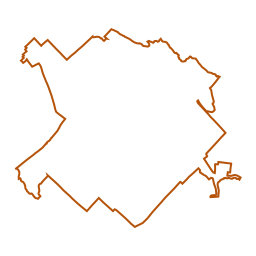 outline of Coarnele Caprei, Iasi, Romania
{"feature_id": "2599482B36833916817547", "entity_name": "Coarnele Caprei", "entity_type": "district", "adm_level": 2, "iso_a3": "ROU", "parent_name": "Romania", "parent_adm1": "Iasi", "projection": "mercator", "projection_center": [27.123, 47.391], "detail": "fine", "context": "isolated", "style": "outline", "palette": "amber", "viewbox_px": 256, "rotation_deg": 0, "n_neighbors": 0, "source": "geoboundaries", "source_scale": "gbopen_adm2", "svg_char_len": 5687}
<svg xmlns="http://www.w3.org/2000/svg" viewBox="0 0 256 256"><path d="M15.4,169.0L16.2,168.8L16.7,168.8L17.2,168.9L17.8,169.3L18.0,169.5L19.1,171.4L19.3,172.3L19.3,174.1L18.8,175.9L18.7,176.5L18.8,178.9L20.1,178.3L20.5,178.6L20.8,179.6L20.9,180.5L21.2,181.0L21.7,181.4L22.4,181.7L22.6,181.7L23.1,182.0L24.2,183.4L24.8,184.8L25.2,186.0L25.2,186.7L25.4,188.0L25.5,188.5L25.8,189.1L26.5,189.6L26.7,190.5L27.2,191.4L27.8,191.7L28.6,192.9L29.6,193.7L30.4,193.6L30.9,193.8L31.5,193.5L31.8,193.6L32.8,194.7L33.7,196.2L34.0,196.4L34.1,196.7L34.4,197.0L34.6,197.0L35.0,197.7L36.0,198.2L36.9,198.3L37.9,198.8L40.4,196.2L40.1,195.7L39.5,195.3L39.1,194.8L38.7,194.3L38.6,193.6L38.6,193.1L38.8,192.3L39.3,191.2L39.3,190.2L38.8,187.5L38.7,186.0L38.8,185.2L39.2,184.7L40.2,183.7L41.0,183.6L41.2,183.4L42.3,181.8L42.9,181.3L43.2,180.8L44.8,179.1L45.8,178.1L47.7,176.1L47.8,175.6L47.7,175.3L57.4,184.1L61.2,187.9L63.1,190.0L67.1,193.6L70.2,196.4L72.2,198.5L77.9,203.7L81.2,206.5L86.9,211.1L92.1,205.2L96.8,200.2L98.8,198.0L103.2,202.3L113.0,211.1L114.7,209.3L115.4,209.6L116.3,210.1L125.3,218.1L128.7,221.4L131.0,223.7L134.8,226.9L142.7,223.0L147.5,218.3L149.5,215.8L152.4,212.2L155.4,208.8L161.9,201.6L162.6,200.7L165.6,197.3L174.7,188.0L176.7,185.7L180.1,182.0L180.4,181.9L180.6,182.0L182.4,183.7L186.7,179.4L189.0,176.8L193.7,172.7L198.4,168.3L199.8,169.8L200.0,170.5L199.8,171.0L199.9,172.0L200.1,172.5L200.4,172.7L200.8,172.7L200.9,173.0L201.4,173.4L201.9,173.7L202.5,173.8L203.0,174.4L204.3,175.2L205.6,175.8L206.3,176.3L209.0,179.4L211.1,177.8L212.0,178.0L212.7,178.4L212.9,178.7L213.9,183.3L214.2,184.4L215.6,188.2L215.8,188.8L216.3,193.4L216.3,193.9L216.2,194.4L215.9,194.8L215.4,195.1L215.0,195.1L214.0,195.1L212.7,195.3L211.9,195.3L211.4,195.4L210.7,196.0L210.4,196.6L210.5,197.1L214.4,196.9L218.3,196.6L218.8,190.4L218.5,189.2L218.1,187.1L217.7,185.6L217.6,184.5L217.7,183.6L217.9,182.8L218.4,182.2L219.2,181.7L219.6,181.2L219.9,180.6L220.8,180.1L221.2,179.7L221.5,179.5L222.4,179.3L223.4,178.7L223.7,178.8L223.9,178.7L223.9,178.4L224.2,178.0L224.5,178.0L225.2,177.9L227.0,178.4L227.7,178.2L227.9,178.0L228.3,177.9L228.9,178.0L231.8,178.8L232.4,178.7L232.5,178.4L233.6,177.9L234.3,177.8L235.4,177.9L235.9,178.1L236.5,178.6L236.7,179.0L237.1,179.0L238.0,178.7L238.5,178.9L239.4,179.7L240.6,177.5L237.7,175.8L236.0,175.2L235.5,175.1L234.6,175.0L233.5,175.2L231.8,175.7L230.9,175.9L227.3,175.6L227.8,172.2L230.1,172.5L230.3,171.6L230.4,169.3L230.9,165.6L231.2,164.0L231.2,163.6L230.5,163.4L229.6,163.4L218.4,162.0L218.0,164.3L215.2,164.2L215.1,164.4L215.1,169.4L214.8,173.0L213.3,172.5L212.7,171.8L210.9,169.3L204.0,158.7L207.0,156.5L207.2,156.2L206.2,154.3L206.2,153.9L206.4,153.5L217.9,141.1L220.9,137.7L225.5,132.9L221.5,128.4L213.9,120.2L210.4,116.7L207.9,113.7L198.3,103.4L197.7,102.6L197.5,102.2L197.3,101.1L198.1,100.4L199.5,103.1L201.9,106.3L204.4,109.1L206.2,111.0L212.0,112.2L213.2,111.5L214.5,110.3L214.7,109.8L214.1,106.7L213.4,105.6L212.6,104.0L212.6,103.6L213.5,102.8L213.6,102.5L213.8,101.5L212.0,94.9L211.3,90.6L211.2,90.2L210.9,89.6L209.9,88.1L211.1,87.1L212.2,86.0L215.2,82.4L217.9,78.9L218.3,78.2L219.0,77.5L219.6,76.8L219.0,76.5L218.5,76.4L218.2,76.1L217.6,76.0L216.7,76.5L216.4,76.2L216.0,75.5L215.7,75.3L215.7,74.7L215.0,74.3L214.3,74.0L212.7,73.8L212.2,73.3L210.8,72.7L208.9,72.5L207.9,72.1L206.0,70.1L201.8,66.8L201.2,65.9L198.6,62.9L197.7,61.4L195.7,58.6L192.6,58.3L192.2,58.2L191.8,57.8L190.8,56.7L190.1,56.5L189.7,56.7L189.3,57.5L188.9,58.0L188.2,58.5L187.0,58.8L186.2,59.5L185.9,59.7L185.8,60.4L185.3,60.7L185.2,60.9L185.2,61.1L184.7,61.1L184.4,61.3L183.6,61.5L182.4,61.5L181.8,61.2L181.3,61.1L181.0,60.3L179.2,58.8L178.9,58.4L178.9,58.2L179.1,57.8L179.0,57.6L178.5,57.1L178.4,56.8L178.3,56.4L178.3,56.1L178.5,55.8L178.5,55.3L178.7,55.2L178.6,54.9L177.8,54.4L177.7,54.2L177.3,53.9L177.0,53.8L176.7,53.2L176.2,52.9L175.7,52.9L175.1,53.1L174.6,52.9L172.7,50.1L171.9,49.2L170.8,48.0L169.8,47.5L169.6,46.9L169.2,46.0L169.1,45.4L168.6,45.1L167.2,43.1L166.8,42.6L166.2,42.2L165.2,41.9L162.7,41.5L162.0,40.9L160.8,38.9L160.5,39.3L159.8,39.6L159.4,40.2L159.2,40.8L158.7,41.4L157.7,41.7L157.0,41.2L156.2,40.9L155.0,41.0L154.4,41.2L154.0,41.9L153.8,42.4L153.2,42.8L152.1,42.2L151.6,42.1L150.9,41.7L150.3,41.6L149.0,40.9L147.5,41.6L148.5,42.9L149.3,44.2L149.3,45.4L149.0,45.9L148.3,46.4L147.6,46.6L146.0,46.3L143.4,46.0L142.9,45.7L141.7,44.3L141.4,44.0L140.9,43.8L139.4,43.3L139.1,43.5L138.7,43.5L137.1,43.3L135.0,42.6L133.8,42.0L131.8,40.7L130.4,39.6L129.2,38.8L127.6,38.1L126.2,37.3L125.3,37.1L125.0,36.9L124.1,36.0L123.0,35.7L121.5,34.8L120.1,34.2L118.7,33.1L118.0,32.2L114.0,30.3L112.0,29.5L111.4,29.2L104.5,36.6L106.9,38.7L106.2,38.6L105.7,38.8L105.5,39.3L104.9,40.1L104.3,40.8L103.8,40.8L103.1,40.3L102.6,39.5L101.6,38.3L100.8,38.4L100.6,38.1L99.1,37.0L96.5,36.7L96.0,36.9L93.4,37.3L92.4,37.0L92.4,36.7L83.1,45.5L77.9,50.0L75.1,52.6L71.1,55.8L66.8,59.8L64.0,56.9L62.6,55.5L60.3,53.0L55.7,48.4L47.7,40.0L44.1,43.0L42.0,44.9L41.2,45.8L34.2,38.2L32.9,39.4L32.6,39.8L30.0,42.3L28.3,44.0L25.3,46.8L26.6,47.9L25.1,49.5L26.6,51.2L22.8,54.6L23.9,55.7L22.6,56.9L23.7,57.9L21.0,60.6L22.5,62.1L23.0,62.7L23.2,62.9L25.4,61.2L26.8,59.3L28.5,61.9L32.2,66.7L38.7,63.4L40.3,65.5L40.8,66.6L41.5,68.6L42.6,72.6L43.2,74.3L44.2,76.8L46.1,81.5L47.1,83.6L48.7,87.7L51.6,95.8L54.2,104.8L55.3,109.5L56.0,111.5L56.4,112.1L58.1,113.5L62.6,116.9L65.2,118.9L62.7,122.0L60.8,124.7L60.1,125.8L59.1,128.1L58.9,128.2L57.4,130.9L51.1,138.4L50.9,138.4L50.2,139.7L49.7,140.3L49.1,140.9L48.4,141.2L47.4,142.0L46.8,142.5L46.6,142.8L46.8,143.3L46.7,143.6L45.8,143.9L42.6,147.6L37.2,151.9L34.9,153.5L33.6,154.7L27.0,159.7L23.0,162.9L19.4,165.9L15.4,169.0Z" fill="none" stroke="#b45309" stroke-width="2"/></svg>